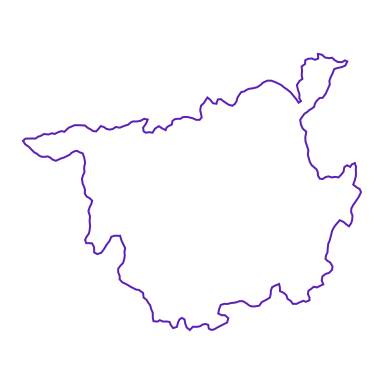 Poté, Minas Gerais, Brazil (Natural Earth projection)
{"feature_id": "56859067B81291889337924", "entity_name": "Poté", "entity_type": "district", "adm_level": 2, "iso_a3": "BRA", "parent_name": "Brazil", "parent_adm1": "Minas Gerais", "projection": "natural_earth1", "projection_center": [-41.769, -17.806], "detail": "fine", "context": "isolated", "style": "outline", "palette": "violet", "viewbox_px": 384, "rotation_deg": 0, "n_neighbors": 0, "source": "geoboundaries", "source_scale": "gbopen_adm2", "svg_char_len": 4539}
<svg xmlns="http://www.w3.org/2000/svg" viewBox="0 0 384 384"><path d="M189.8,330.0L193.0,326.7L196.2,326.9L199.9,326.3L202.4,324.7L205.3,323.9L208.2,324.9L208.8,328.6L211.3,329.9L214.1,329.4L217.3,327.5L220.8,325.7L223.5,324.3L227.1,322.6L228.3,318.1L224.9,315.2L221.7,315.2L218.2,313.5L219.2,308.9L220.8,304.9L224.4,303.8L227.4,304.0L230.4,303.2L233.4,302.8L236.4,302.3L239.6,301.1L242.9,301.2L246.6,303.4L249.1,305.4L251.5,306.4L254.8,306.4L259.2,305.7L261.9,302.0L266.1,299.9L269.9,297.6L270.7,294.0L270.9,290.6L272.0,287.3L275.3,285.5L279.1,284.0L279.9,287.6L280.0,291.2L283.8,292.9L286.3,295.1L287.6,298.9L290.6,300.8L292.9,303.9L296.4,303.9L299.9,302.2L303.3,300.8L305.8,301.8L309.5,300.3L309.4,297.3L307.9,294.1L308.5,290.7L311.2,288.9L313.6,286.8L317.2,287.4L319.9,285.9L323.3,284.4L321.7,280.3L322.5,276.3L325.5,274.0L329.1,272.8L332.1,269.8L332.5,266.4L330.2,262.5L327.4,260.8L325.5,258.9L326.0,255.4L327.5,252.4L327.7,248.6L328.2,243.9L329.6,240.7L330.4,237.8L331.2,234.6L332.1,231.0L333.6,227.9L335.7,224.9L337.7,222.6L339.8,220.2L343.5,221.9L346.3,224.4L349.0,226.3L351.2,223.1L352.2,219.7L352.5,215.8L351.1,211.9L351.4,208.3L353.3,204.8L356.2,200.7L358.4,197.4L359.7,195.0L361.0,192.1L359.6,189.0L356.7,187.4L353.2,184.6L354.7,180.6L355.8,176.5L356.0,173.0L355.8,169.8L356.0,166.7L354.8,163.1L351.7,164.5L350.2,166.9L347.0,165.3L344.3,167.2L343.5,171.9L340.9,175.0L338.5,177.4L335.4,176.9L331.6,177.4L328.5,176.4L325.6,177.1L322.7,179.0L319.8,178.7L318.0,175.6L317.7,171.9L316.5,169.3L314.0,167.2L311.6,165.1L309.8,161.9L308.8,158.2L307.8,154.8L308.4,150.3L307.0,145.9L305.5,141.4L305.3,137.4L306.3,131.7L302.9,128.8L301.0,124.8L300.2,119.8L302.8,116.0L304.5,113.7L307.1,112.1L309.2,110.1L311.6,108.7L314.1,106.9L315.0,103.5L316.9,100.6L319.6,98.0L322.7,97.8L325.8,93.5L328.0,88.6L329.8,84.5L329.4,80.9L330.7,77.2L332.5,73.5L334.3,69.0L338.2,67.8L341.7,67.1L345.3,65.6L347.3,61.5L345.0,60.4L342.0,62.2L337.9,62.0L334.7,60.2L332.1,57.7L329.0,58.2L325.0,57.5L322.0,54.7L317.9,54.0L318.2,58.6L314.9,59.8L312.0,58.5L308.1,58.8L305.3,60.2L305.0,64.1L301.7,66.4L302.0,71.5L301.7,75.4L302.4,78.9L299.4,81.1L296.9,85.0L297.9,89.6L299.5,94.3L299.3,98.2L301.0,101.1L298.6,102.7L296.4,99.3L293.7,96.1L290.8,92.5L287.3,89.6L284.2,87.5L281.3,85.1L277.2,83.0L274.4,81.8L271.4,80.7L267.6,80.6L263.2,82.5L260.4,85.1L257.1,87.2L252.9,88.3L248.9,88.8L246.3,90.0L244.1,91.5L241.3,92.0L239.4,94.6L237.5,97.6L236.6,101.0L235.0,103.8L232.3,105.8L228.3,104.5L223.5,101.3L220.7,99.1L217.8,99.5L216.4,103.8L212.9,103.2L210.3,99.8L207.4,97.5L205.5,100.4L203.7,103.2L201.0,105.7L200.2,110.1L201.0,114.0L201.7,117.4L199.7,119.8L196.1,119.8L192.6,118.2L188.5,117.2L185.8,116.9L182.9,117.1L180.4,118.8L177.4,118.8L174.5,119.3L172.4,121.1L171.8,124.6L168.9,125.9L166.7,127.4L165.6,130.1L162.4,128.5L158.8,126.2L154.9,128.7L152.6,132.7L149.2,132.2L145.8,132.7L143.6,131.3L143.1,127.7L146.1,123.5L147.7,119.6L144.3,118.8L140.2,120.9L136.4,121.5L133.1,121.4L130.7,122.4L128.3,124.6L124.7,125.7L119.8,127.7L115.7,127.0L112.8,129.0L109.7,129.6L106.2,128.8L103.9,127.0L100.8,126.1L98.0,129.4L96.2,131.4L93.1,131.1L90.2,129.1L87.8,127.9L85.0,125.5L78.6,125.2L74.6,125.2L72.1,126.3L68.9,127.6L66.4,129.8L64.4,131.8L61.4,131.1L58.2,132.2L54.5,134.0L52.1,133.2L48.5,134.5L44.0,134.0L40.7,135.9L38.1,136.7L35.5,138.5L32.2,138.5L28.7,138.5L25.4,138.7L23.0,140.9L25.4,144.5L28.7,146.7L31.9,150.0L34.2,152.3L37.0,153.8L39.2,155.7L41.8,156.8L45.1,156.8L47.8,156.4L50.4,157.7L52.4,159.5L55.9,160.8L60.4,158.7L64.1,157.5L66.9,156.1L69.6,154.8L71.5,152.9L74.2,151.4L77.0,150.8L79.4,152.2L82.7,153.4L84.2,157.5L85.1,162.7L84.1,167.7L84.5,172.3L83.1,175.1L82.0,178.7L82.6,183.5L84.1,186.9L85.0,189.8L84.8,193.4L86.6,196.5L89.8,198.3L92.2,200.7L91.3,204.0L89.8,206.8L88.4,211.1L90.0,216.3L89.6,221.2L90.1,225.9L89.6,230.4L88.8,233.7L86.5,236.8L85.1,239.8L86.2,243.1L88.8,243.1L92.2,243.4L94.1,247.5L94.2,252.4L97.3,254.1L101.2,252.8L104.0,249.1L106.6,244.8L109.6,240.8L111.3,236.8L114.7,235.7L117.5,235.8L120.1,235.8L121.7,241.1L123.8,245.3L125.2,248.2L124.4,252.0L124.8,255.4L124.2,259.3L123.0,263.1L120.3,265.8L118.2,268.7L118.2,272.3L119.7,276.1L119.7,279.4L122.3,282.3L126.4,284.2L130.3,286.6L132.7,287.8L135.9,289.5L139.0,290.0L143.1,293.0L143.6,297.6L146.5,299.7L148.2,302.7L150.2,305.4L151.1,308.9L152.7,312.6L152.8,317.8L153.5,321.2L157.3,321.6L159.8,320.2L163.0,321.5L167.1,321.5L169.6,322.0L170.7,324.9L173.1,328.1L176.9,326.9L178.1,322.3L179.5,319.4L181.8,317.9L184.5,319.4L185.3,323.7L186.6,327.4L189.8,330.0Z" fill="none" stroke="#5b21b6" stroke-width="2"/></svg>